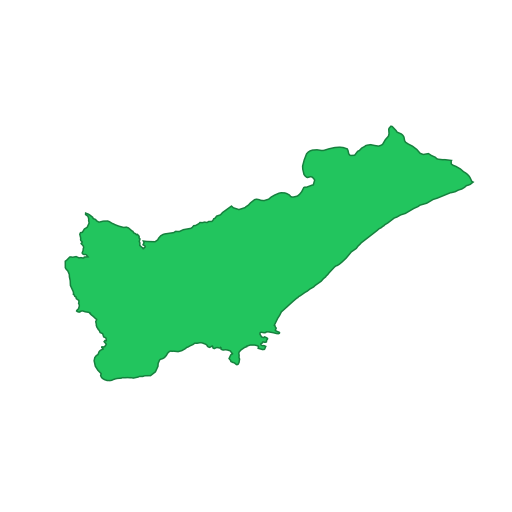 Quepos, Puntarenas, Costa Rica, rotated 291°
{"feature_id": "36466004B16992586441876", "entity_name": "Quepos", "entity_type": "district", "adm_level": 2, "iso_a3": "CRI", "parent_name": "Costa Rica", "parent_adm1": "Puntarenas", "projection": "equal_earth", "projection_center": [-84.055, 9.413], "detail": "fine", "context": "isolated", "style": "filled", "palette": "green", "viewbox_px": 512, "rotation_deg": 291, "n_neighbors": 0, "source": "geoboundaries", "source_scale": "gbopen_adm2", "svg_char_len": 6090}
<svg xmlns="http://www.w3.org/2000/svg" viewBox="0 0 512 512"><g transform="rotate(291 256 256)"><path d="M415.2,404.2L413.6,397.7L412.8,395.8L411.6,391.2L411.6,389.9L412.4,388.1L412.7,383.5L413.4,380.3L410.7,375.8L410.7,372.4L413.1,367.9L414.6,362.7L415.1,358.0L415.8,354.9L416.8,353.5L419.7,351.7L420.5,351.0L421.4,349.6L422.0,347.9L422.2,343.3L423.3,341.8L425.5,337.2L425.7,336.6L425.5,335.4L423.0,334.5L421.9,334.5L417.8,336.4L415.3,336.7L411.1,335.1L405.7,334.2L404.5,333.4L402.5,331.1L401.7,327.3L401.0,323.1L399.4,320.3L398.4,318.9L397.2,318.2L394.6,316.0L391.5,314.7L390.2,313.4L385.4,312.0L383.9,308.7L383.7,307.5L384.7,305.9L387.4,304.1L388.7,302.8L388.5,298.6L387.6,295.2L385.5,290.7L382.2,285.7L378.9,281.5L378.0,279.5L377.0,274.9L375.1,270.8L373.5,268.8L371.7,267.5L369.5,266.6L363.0,266.6L356.6,267.3L353.9,268.5L349.3,271.6L348.2,273.4L347.7,275.1L347.7,275.9L349.7,278.6L349.8,280.0L349.1,281.9L347.9,283.6L342.9,284.0L342.3,283.0L338.4,278.6L338.0,277.9L337.9,277.1L337.0,276.1L332.3,275.6L329.3,274.6L326.8,273.2L324.5,269.9L324.0,268.7L323.9,267.2L324.9,265.3L325.3,262.4L325.2,260.3L324.1,256.9L322.9,255.0L319.6,251.6L316.4,249.0L313.6,247.5L310.6,243.7L309.7,240.6L309.7,238.7L309.2,236.1L308.1,234.5L303.6,231.8L300.8,230.7L298.3,228.9L297.3,228.5L293.2,223.4L292.9,217.5L293.8,215.2L284.6,209.2L281.7,208.1L279.1,204.9L276.7,204.3L275.6,203.2L274.0,203.1L272.4,202.4L271.3,199.5L269.7,198.3L269.2,195.8L267.9,194.0L267.2,191.7L265.9,191.2L262.8,188.7L262.0,187.0L259.7,186.2L258.5,185.3L254.5,178.7L251.4,175.7L250.1,172.0L248.6,171.1L248.1,170.4L244.0,163.1L242.9,161.6L240.7,159.8L237.7,158.7L235.9,158.5L233.1,156.6L230.3,148.4L229.6,145.4L228.3,146.7L226.0,146.5L225.7,148.5L225.1,149.2L224.5,149.3L223.7,148.6L222.8,148.6L222.4,148.1L222.4,147.7L223.0,147.2L223.1,146.5L224.2,143.7L226.6,142.9L227.7,141.8L230.3,141.6L231.0,140.3L232.0,140.1L232.8,139.4L233.7,137.5L233.0,136.7L233.6,135.7L233.8,133.5L234.9,132.2L235.0,131.1L236.5,126.9L236.5,124.7L235.2,122.2L234.7,117.1L234.7,112.9L234.9,111.8L234.9,109.9L235.5,106.9L235.5,105.0L233.8,100.9L231.3,97.3L231.7,94.7L232.6,93.1L232.6,90.6L233.6,89.7L234.6,86.5L235.0,84.7L235.0,81.6L233.7,82.0L233.4,82.7L233.0,84.5L232.6,85.1L230.6,86.6L229.2,87.0L227.0,88.4L222.3,88.1L219.7,86.1L215.9,85.4L214.9,83.8L213.2,83.7L209.8,86.0L208.6,86.3L207.7,86.9L206.9,88.6L206.1,88.9L205.5,88.4L204.9,88.3L203.7,90.9L202.6,91.8L202.1,92.1L200.6,92.1L199.5,92.6L196.5,92.6L195.8,93.7L195.7,94.6L195.8,95.2L196.3,96.1L196.3,97.2L195.0,99.4L193.5,96.1L193.0,96.2L192.1,95.4L191.8,93.2L190.8,91.5L191.0,88.3L189.1,85.3L188.8,83.5L188.3,82.5L183.9,80.6L182.8,79.8L176.7,82.2L175.6,83.6L174.6,85.7L171.9,88.3L169.6,89.3L166.4,91.4L162.0,93.3L157.2,98.2L155.7,99.1L154.9,99.1L154.4,100.4L153.4,101.3L153.2,102.7L151.8,103.5L151.0,106.5L149.3,107.3L148.3,107.3L147.1,108.5L145.9,109.0L143.1,109.2L141.0,108.2L140.4,108.2L140.1,109.0L140.1,110.3L140.4,111.3L140.6,111.7L141.2,111.7L141.7,112.3L142.6,113.8L142.7,116.4L143.4,119.7L143.4,121.4L143.0,122.0L142.7,121.8L142.1,123.1L141.3,125.7L140.0,128.8L139.8,129.9L139.3,130.1L137.3,129.9L135.0,131.4L134.1,131.7L132.6,132.9L131.2,134.8L130.9,135.0L130.3,136.4L128.7,137.9L128.6,140.2L128.4,140.8L125.9,142.8L125.8,145.0L125.0,145.8L123.3,146.6L122.9,145.3L121.6,144.9L120.1,147.7L119.6,147.9L118.3,147.4L117.3,147.4L116.4,146.2L116.2,145.3L115.8,144.6L115.3,144.8L114.9,146.2L114.3,146.6L112.8,145.0L111.3,144.1L110.3,143.8L107.4,143.8L105.8,142.6L103.4,141.9L100.2,142.4L95.5,145.5L92.7,149.3L90.8,153.4L90.6,153.6L88.7,153.8L87.3,155.3L86.7,156.5L86.3,158.8L86.4,161.6L87.4,164.4L88.3,165.9L89.3,166.8L91.1,169.0L92.1,170.6L93.7,174.0L94.4,174.6L95.4,177.3L96.5,179.7L97.3,182.4L97.6,182.7L98.1,185.3L100.8,189.4L101.8,190.3L103.0,193.5L104.1,194.7L104.6,195.7L106.5,200.4L111.8,203.6L117.9,204.0L120.7,203.1L124.6,203.3L125.3,203.8L126.8,205.7L128.6,207.1L129.9,207.4L130.7,207.9L133.5,208.3L135.3,209.1L136.4,210.0L136.8,210.8L136.9,211.7L137.6,213.1L138.8,217.6L141.1,220.7L144.3,223.3L145.9,224.1L146.5,225.0L148.5,226.6L150.8,228.9L152.7,230.1L153.4,232.2L155.0,234.8L155.6,236.7L155.6,240.8L154.9,242.7L154.2,243.1L154.0,245.1L154.1,245.5L156.3,247.4L156.2,247.7L154.7,248.9L154.6,250.2L156.2,251.7L156.8,253.1L157.1,255.3L157.6,255.8L157.9,255.8L157.7,256.3L156.4,256.9L156.4,258.7L156.6,259.4L157.5,260.9L158.0,262.9L158.2,266.1L156.9,267.9L156.6,268.8L156.3,269.1L154.7,267.9L150.6,267.6L149.5,269.6L148.5,270.4L148.3,272.6L148.5,274.0L147.6,276.7L148.0,277.6L148.6,278.1L150.6,278.3L153.9,277.6L155.1,276.5L157.3,275.8L159.2,274.7L160.5,274.7L163.0,275.7L166.5,278.1L168.1,279.9L168.5,279.7L170.8,282.5L172.4,286.7L172.7,289.1L172.6,290.5L172.4,290.8L170.6,291.1L171.0,295.7L171.7,297.1L172.2,297.4L175.1,297.5L175.2,295.5L174.6,294.2L174.6,293.1L174.8,292.6L175.5,292.0L176.1,292.1L177.2,293.2L178.4,293.3L178.6,295.3L179.5,296.5L181.3,296.1L182.6,296.5L183.2,296.3L183.5,295.0L183.6,293.0L182.6,292.5L182.4,290.3L184.3,287.8L184.7,287.5L186.0,287.4L186.7,288.2L187.2,290.8L187.6,291.8L188.0,292.5L188.9,292.9L189.7,295.0L190.6,299.7L191.0,303.2L191.5,304.8L192.2,305.5L192.8,305.5L193.1,305.1L193.2,302.0L193.6,300.6L195.9,300.7L196.7,299.4L197.7,298.7L197.9,297.9L205.8,298.6L208.9,299.3L212.9,299.7L227.3,307.0L231.2,309.1L232.1,309.9L233.5,310.4L234.7,311.5L239.9,315.0L241.5,316.4L244.4,318.1L247.8,320.9L249.6,321.7L255.9,325.9L259.1,327.1L261.5,328.5L262.6,328.7L264.3,329.6L266.4,330.2L273.8,333.2L275.2,334.0L276.4,335.4L278.3,336.8L281.3,338.5L286.3,340.9L294.0,343.5L299.0,346.9L301.9,347.7L304.1,348.8L306.0,349.5L323.2,359.9L325.4,361.0L327.4,362.8L329.3,363.8L329.8,364.4L331.3,365.0L334.1,367.2L341.1,371.5L342.9,373.6L346.2,376.3L349.3,380.2L357.0,386.3L360.3,389.6L362.2,390.8L366.5,396.5L372.3,401.1L374.9,404.4L384.9,415.0L385.1,415.6L387.4,418.9L390.1,421.3L392.3,424.1L394.9,426.1L397.2,427.3L397.9,428.4L399.6,430.3L402.8,432.2L403.0,430.7L405.7,427.9L406.8,426.5L408.0,424.1L408.6,422.1L409.1,419.4L410.5,415.6L411.3,410.5L411.3,407.7L411.7,405.8L412.1,405.2L414.8,404.1L415.2,404.2Z" fill="#22c55e" stroke="#15803d" stroke-width="1.5"/></g></svg>